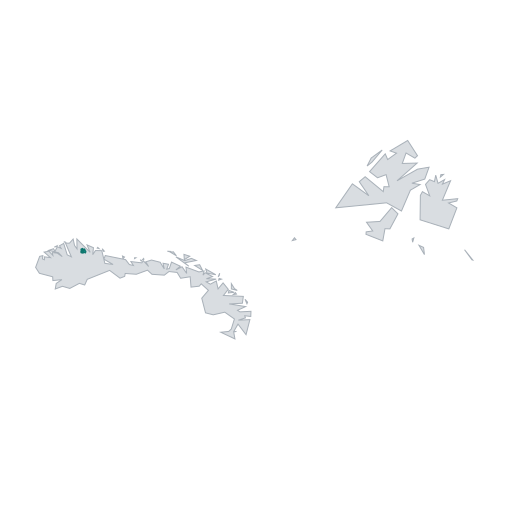 Norddal nor, Møre og Romsdal, Norway (highlighted), rotated 68°
{"feature_id": "86288312B15747524615282", "entity_name": "Norddal nor", "entity_type": "district", "adm_level": 2, "iso_a3": "NOR", "parent_name": "Norway", "parent_adm1": "Møre og Romsdal", "projection": "mercator", "projection_center": [7.286, 62.251], "detail": "fine", "context": "in_parent", "style": "filled", "palette": "teal", "viewbox_px": 512, "rotation_deg": 68, "n_neighbors": 0, "source": "geoboundaries", "source_scale": "gbopen_adm2", "svg_char_len": 5108}
<svg xmlns="http://www.w3.org/2000/svg" viewBox="0 0 512 512"><g transform="rotate(68 256 256)"><path d="M270.0,313.0L261.3,317.2L262.7,320.0L260.5,327.9L250.6,324.8L248.4,334.2L241.7,335.3L237.8,342.5L239.4,348.2L234.0,359.3L228.5,361.9L228.1,373.8L223.2,383.8L225.7,385.4L225.6,390.4L214.5,397.1L214.4,421.2L218.7,425.7L215.2,430.0L216.3,440.8L211.6,446.8L211.4,454.5L206.6,451.5L205.2,444.8L202.7,453.5L199.1,452.3L190.9,463.3L184.0,464.6L175.3,456.7L175.8,453.5L178.7,455.1L180.2,453.6L177.5,452.5L180.5,447.2L173.0,451.0L174.0,446.2L179.4,444.1L176.5,443.6L178.9,439.2L184.0,435.9L179.0,437.9L173.1,446.2L173.4,441.0L176.3,440.6L173.0,436.7L176.0,433.8L172.9,434.4L172.3,429.6L184.2,430.6L187.6,427.5L172.8,427.8L174.2,424.1L171.8,419.2L178.2,420.3L182.4,419.3L173.1,415.7L190.5,408.4L182.4,408.5L187.4,403.6L193.6,406.9L190.8,402.8L193.3,397.0L206.2,398.9L210.3,391.7L202.0,398.2L199.1,395.6L210.5,378.3L216.5,376.6L218.9,373.2L214.3,374.1L219.6,364.4L218.1,362.3L225.5,359.5L220.1,360.4L220.6,354.4L225.9,347.2L233.6,345.9L227.9,344.9L230.9,340.2L234.7,343.7L235.2,341.1L230.0,336.6L237.1,330.0L238.9,335.5L238.3,328.6L246.2,326.8L240.1,325.1L249.4,314.9L250.4,309.7L253.9,312.3L252.5,309.4L258.8,304.0L258.5,310.5L262.5,301.6L261.3,311.9L265.0,308.9L264.3,302.2L272.3,303.5L268.6,296.6L276.5,294.2L280.4,301.0L288.7,282.9L294.7,286.3L290.4,298.8L299.0,284.6L299.4,293.5L301.8,291.8L305.4,281.4L310.1,283.5L307.2,288.8L309.4,289.0L308.9,296.4L312.7,285.5L325.2,294.7L312.4,298.2L317.8,305.1L325.0,306.6L313.5,317.2L315.7,309.6L314.5,306.3L306.3,299.6L296.4,306.0L294.5,317.7L289.8,324.1L274.8,322.1L270.0,313.0ZM238.5,62.3L247.9,70.7L246.9,84.2L251.2,77.1L252.8,88.2L268.8,104.3L255.6,115.0L241.2,164.0L225.2,139.6L242.4,128.8L225.8,132.4L223.4,125.1L244.0,113.9L239.7,111.4L241.7,106.6L229.3,104.9L229.0,114.0L220.3,119.1L209.7,97.9L215.9,97.8L213.3,87.2L208.8,92.3L205.7,72.1L223.5,68.7L224.8,72.0L216.7,78.3L225.0,85.7L230.2,71.8L239.1,97.1L236.0,73.7L238.5,62.3ZM259.1,47.4L274.1,62.3L278.4,47.5L280.2,49.2L279.0,57.6L286.6,51.7L303.1,67.1L283.9,90.3L261.4,80.9L258.7,77.6L265.3,72.4L253.1,72.0L250.3,66.4L253.9,62.7L248.4,59.1L256.8,60.0L255.8,52.5L259.2,56.2L259.1,47.4ZM270.1,108.6L281.0,121.7L279.0,126.2L289.5,132.8L277.1,145.9L274.9,144.8L276.5,138.4L266.1,140.9L270.4,128.1L262.0,112.1L270.1,108.6ZM235.6,324.7L240.3,322.1L226.8,330.6L233.6,323.8L234.0,316.8L237.8,313.0L235.6,324.7ZM243.0,311.5L249.3,310.9L241.8,316.4L243.0,311.5ZM249.2,307.5L258.3,300.3L253.5,307.9L249.2,307.5ZM205.0,99.3L212.4,113.3L214.2,119.3L208.3,112.5L205.0,99.3ZM231.4,317.5L232.5,323.8L227.5,322.2L231.4,317.5ZM280.9,286.3L277.3,291.2L272.4,289.2L278.1,288.2L280.9,286.3ZM281.5,289.9L279.9,295.5L277.8,294.0L281.5,289.9ZM221.1,331.1L226.0,329.7L220.7,333.7L221.1,331.1ZM340.5,57.2L328.3,60.3L341.0,56.5L340.5,57.2ZM310.8,97.4L317.8,99.3L307.1,100.9L310.8,97.4ZM292.0,282.4L295.7,281.1L296.9,282.3L292.0,282.4ZM284.0,288.4L283.2,291.5L282.2,288.8L284.0,288.4ZM264.5,296.7L264.4,299.7L263.0,298.6L264.5,296.7ZM255.8,212.8L255.3,216.5L253.5,213.5L255.8,212.8ZM301.9,105.6L298.7,104.9L298.4,102.9L301.9,105.6ZM207.7,378.3L208.6,380.3L206.0,379.8L207.7,378.3ZM258.3,296.1L260.1,297.2L261.2,298.9L258.3,296.1ZM250.6,51.6L251.9,55.5L249.8,54.1L250.6,51.6ZM194.5,395.7L191.6,395.9L194.7,394.8L194.5,395.7ZM190.3,398.8L189.2,400.3L188.7,399.5L190.3,398.8ZM219.9,334.3L218.3,336.4L220.1,332.8L219.9,334.3ZM172.5,437.4L172.2,439.7L172.0,436.7L172.5,437.4ZM216.9,362.7L216.2,361.1L217.1,361.2L216.9,362.7ZM318.6,302.3L318.2,304.7L318.1,304.3L318.6,302.3ZM217.7,364.3L216.0,364.7L218.1,363.9L217.7,364.3ZM212.7,368.0L212.9,369.6L212.1,369.1L212.7,368.0ZM171.7,427.6L171.0,429.0L171.2,427.9L171.7,427.6Z" fill="#d9dde1" stroke="#a8b0b8" stroke-width="1"/><path d="M188.3,415.4L188.2,415.3L188.1,415.2L188.1,414.9L188.1,414.7L187.9,414.6L187.7,414.5L187.7,414.4L188.2,414.2L188.2,413.9L188.4,413.6L188.5,413.5L188.5,413.4L188.6,413.2L188.9,413.1L188.7,412.8L188.7,412.7L188.4,412.4L188.2,412.3L187.9,412.2L187.7,412.2L187.6,412.3L187.4,412.3L187.2,412.4L187.0,412.5L186.9,412.5L186.7,412.7L186.6,412.8L186.4,412.8L186.2,412.8L186.2,412.7L186.0,412.4L185.9,412.4L185.7,412.5L185.8,412.6L185.7,412.7L185.7,412.8L185.8,412.9L185.8,413.0L185.7,413.3L185.5,413.5L185.5,413.4L185.3,413.3L185.3,413.5L185.2,413.5L184.9,413.8L184.8,414.0L185.0,414.0L185.3,414.1L185.4,413.9L185.5,413.9L185.5,414.0L185.5,413.9L185.5,414.0L185.5,413.9L185.6,414.0L185.8,414.0L186.0,414.0L186.3,414.3L186.4,414.5L186.5,414.5L186.4,414.6L186.5,414.7L186.4,414.7L186.2,414.5L186.2,414.4L186.0,414.2L185.9,414.1L185.7,414.1L185.4,414.3L185.4,414.5L185.3,414.4L185.2,414.4L184.9,414.3L184.9,414.2L184.7,414.2L184.3,414.2L184.2,414.2L184.2,414.3L184.2,414.5L184.2,414.8L184.2,415.0L184.3,415.0L184.4,415.3L184.4,415.5L184.5,415.5L184.8,415.6L184.9,415.8L185.0,415.8L185.1,415.7L185.3,415.5L185.5,415.7L185.6,415.8L185.8,415.9L185.9,416.1L186.1,416.2L186.1,416.4L186.2,416.5L186.4,416.5L186.7,416.6L186.9,416.6L187.0,416.5L187.3,416.8L187.5,416.7L187.6,416.4L187.4,416.2L187.9,415.9L188.3,415.4Z" fill="#14b8a6" stroke="#0f766e" stroke-width="1.5"/></g></svg>